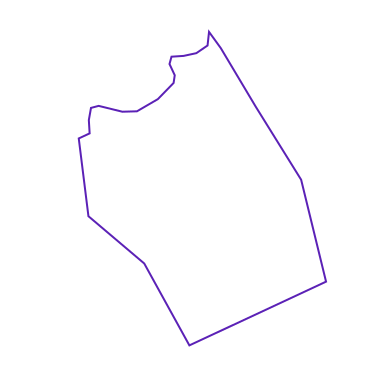 Morne Rouge/Marc, Castries, Saint Lucia, rotated 335°
{"feature_id": "8701671B11332589204327", "entity_name": "Morne Rouge/Marc", "entity_type": "district", "adm_level": 2, "iso_a3": "LCA", "parent_name": "Saint Lucia", "parent_adm1": "Castries", "projection": "orthographic", "projection_center": [-60.97, 13.959], "detail": "fine", "context": "isolated", "style": "outline", "palette": "violet", "viewbox_px": 384, "rotation_deg": 335, "n_neighbors": 0, "source": "geoboundaries", "source_scale": "gbopen_adm2", "svg_char_len": 436}
<svg xmlns="http://www.w3.org/2000/svg" viewBox="0 0 384 384"><g transform="rotate(335 192 192)"><path d="M275.6,329.9L296.1,227.0L285.8,141.5L278.9,73.8L275.1,54.1L268.0,65.8L254.6,68.0L241.9,65.1L230.6,60.7L225.7,66.5L225.7,78.9L221.4,85.4L200.3,93.4L176.2,95.6L162.8,89.8L143.8,74.5L136.0,73.1L128.9,83.2L124.0,95.6L112.0,95.6L87.9,170.2L118.5,236.6L124.8,329.9L275.6,329.9Z" fill="none" stroke="#5b21b6" stroke-width="2"/></g></svg>